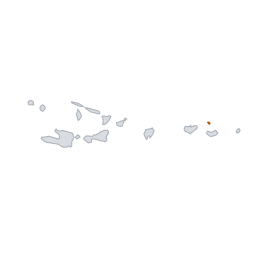 location of Aniwa, Vanuatu, rotated 297°
{"feature_id": "77236927B97444346691075", "entity_name": "Aniwa", "entity_type": "district", "adm_level": 2, "iso_a3": "VUT", "parent_name": "Vanuatu", "parent_adm1": "", "projection": "mercator", "projection_center": [169.604, -19.244], "detail": "fine", "context": "in_parent", "style": "filled", "palette": "amber", "viewbox_px": 256, "rotation_deg": 297, "n_neighbors": 0, "source": "geoboundaries", "source_scale": "gbopen_adm2", "svg_char_len": 2807}
<svg xmlns="http://www.w3.org/2000/svg" viewBox="0 0 256 256"><g transform="rotate(297 128 128)"><path d="M84.7,61.1L86.6,71.2L88.8,71.2L89.9,70.6L91.2,68.2L91.8,64.5L93.0,64.0L94.4,64.4L93.8,65.6L94.2,68.6L95.3,70.2L96.1,70.5L97.6,78.3L98.1,79.9L98.1,81.2L95.0,84.2L90.3,84.1L87.0,85.8L85.0,85.7L85.1,83.7L83.3,82.2L81.3,78.8L81.8,72.8L78.2,61.8L78.2,59.0L79.4,55.4L80.6,55.2L82.2,58.2L84.7,61.1ZM104.4,100.0L105.7,100.7L106.5,100.7L106.9,102.2L111.2,105.1L112.3,105.1L113.3,106.7L115.1,107.5L115.6,109.2L116.9,110.9L114.7,112.9L110.3,112.4L107.8,114.7L105.5,114.1L105.1,112.9L105.4,112.5L104.0,109.4L103.4,104.6L102.5,101.8L101.5,100.6L99.5,101.6L98.6,101.8L96.7,99.5L97.6,94.8L98.1,93.5L99.7,93.2L102.1,94.5L104.4,100.0ZM161.2,188.2L159.8,189.7L158.7,189.5L150.9,186.0L151.3,184.6L150.9,180.9L151.8,178.9L153.9,178.1L155.6,178.5L156.6,181.5L158.9,182.7L157.3,183.7L160.1,185.9L161.2,188.2ZM134.9,144.7L137.9,149.1L139.1,149.4L137.3,152.6L133.6,152.9L129.2,152.1L130.8,151.0L130.0,149.7L128.7,149.5L127.1,150.1L126.4,149.9L127.4,147.8L129.8,145.0L130.6,144.7L131.2,144.7L131.8,145.0L134.9,144.7ZM130.5,107.4L127.1,107.7L122.4,106.8L120.5,105.4L119.7,104.1L121.3,103.1L123.7,102.6L126.6,99.5L127.6,100.7L128.7,104.2L129.9,105.2L130.6,106.2L130.5,107.4ZM165.8,207.0L164.3,210.4L161.6,209.6L159.1,207.1L157.8,205.0L158.6,200.8L159.9,200.1L161.3,200.4L162.0,204.4L165.8,207.0ZM128.1,96.1L127.6,96.2L127.1,94.8L125.4,87.2L126.5,80.5L127.2,81.9L129.7,93.7L129.3,95.7L128.1,96.1ZM135.0,121.0L135.8,121.5L135.4,122.8L131.3,121.3L128.0,121.9L127.1,121.8L126.1,120.6L125.4,118.3L125.8,116.7L127.1,115.5L127.6,115.3L128.7,116.7L129.6,117.7L130.5,118.1L132.6,120.4L135.0,121.0ZM119.1,79.7L117.2,81.1L113.5,81.0L112.1,80.2L116.6,75.9L121.8,75.0L119.1,79.7ZM109.5,43.8L108.3,45.3L104.9,44.8L104.1,44.4L104.3,41.8L105.2,40.9L107.2,40.1L109.9,41.4L109.5,43.8ZM106.6,33.0L106.2,33.3L105.5,33.1L103.8,29.4L104.2,28.1L106.4,27.0L108.4,29.0L108.6,30.1L108.5,31.1L108.2,31.9L106.9,32.3L106.6,33.0ZM127.3,76.4L126.8,78.3L125.6,76.1L124.8,66.9L125.2,66.0L125.8,65.9L127.3,72.4L127.3,76.4ZM177.8,227.3L176.8,229.0L175.2,229.0L173.1,227.8L173.5,226.2L175.8,226.0L176.5,226.1L177.8,227.3ZM98.7,88.6L98.1,89.4L95.0,87.4L95.7,85.4L99.1,86.1L98.7,88.6Z" fill="#d9dde1" stroke="#a8b0b8" stroke-width="1"/><path d="M169.2,197.5L169.2,197.4L169.1,197.2L169.0,197.3L169.0,197.5L168.9,197.7L168.9,197.8L168.8,198.0L168.8,198.3L168.7,198.4L168.8,198.4L168.8,198.5L169.0,198.7L169.2,198.4L169.3,198.4L169.3,198.2L169.3,197.9L169.3,197.7L169.4,197.4L169.5,197.3L169.5,197.2L169.5,196.9L169.4,196.8L169.3,196.7L169.2,196.7L169.2,196.8L169.3,196.8L169.4,197.0L169.5,197.0L169.4,197.0L169.3,197.3L169.3,197.2L169.3,197.3L169.3,197.5L169.2,197.6L169.3,197.7L169.2,197.7L169.2,197.5Z" fill="#f59e0b" stroke="#b45309" stroke-width="1.5"/></g></svg>